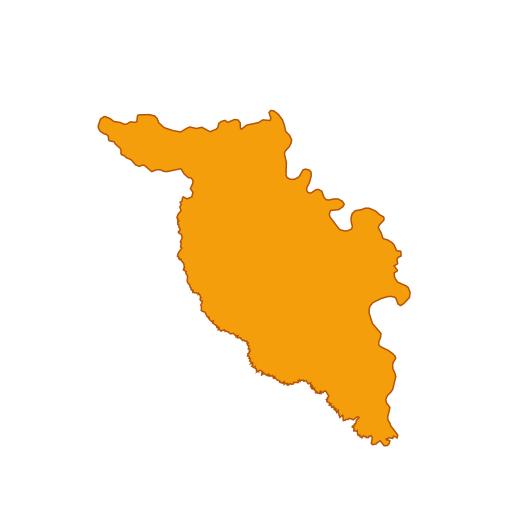 the district of La Victoria (Pacoa), Amazonas, Colombia, rotated 18°
{"feature_id": "7082276B65279517003270", "entity_name": "La Victoria (Pacoa)", "entity_type": "district", "adm_level": 2, "iso_a3": "COL", "parent_name": "Colombia", "parent_adm1": "Amazonas", "projection": "orthographic", "projection_center": [-71.093, -0.129], "detail": "fine", "context": "isolated", "style": "filled", "palette": "amber", "viewbox_px": 512, "rotation_deg": 18, "n_neighbors": 0, "source": "geoboundaries", "source_scale": "gbopen_adm2", "svg_char_len": 6145}
<svg xmlns="http://www.w3.org/2000/svg" viewBox="0 0 512 512"><g transform="rotate(18 256 256)"><path d="M446.3,385.5L446.2,382.5L436.4,375.7L435.5,374.1L432.1,371.1L431.0,368.3L430.2,358.8L425.4,355.2L423.7,352.2L424.1,348.1L426.6,343.1L427.2,340.2L426.2,327.5L424.5,324.8L421.1,321.0L419.6,317.5L419.3,315.1L420.5,310.3L419.2,308.2L415.1,306.2L410.7,304.9L402.2,303.7L400.2,302.5L399.3,299.7L399.6,294.8L398.8,291.1L387.6,284.2L381.4,275.6L380.2,272.2L379.8,268.8L381.5,264.3L387.9,258.0L393.8,253.9L397.0,252.7L400.6,252.3L402.1,252.9L405.9,257.8L408.8,258.5L411.0,255.9L414.8,248.1L413.7,242.8L410.4,238.9L407.9,238.0L398.9,237.1L396.1,235.1L393.9,232.6L392.6,229.2L394.8,227.0L394.9,225.8L390.4,222.8L393.1,219.6L391.0,215.4L391.6,213.4L394.0,211.2L392.5,207.2L391.5,206.7L389.1,207.4L387.8,207.2L383.9,202.8L381.4,201.3L376.1,200.0L372.1,200.2L370.9,199.6L367.7,195.1L363.5,191.3L363.8,188.1L366.5,182.4L366.0,180.2L365.0,179.3L361.2,178.7L356.0,176.3L348.9,175.6L345.2,176.7L342.1,179.2L336.3,182.3L334.4,186.0L334.6,190.3L336.1,194.3L338.5,198.1L338.6,200.7L335.3,203.7L332.7,204.8L328.1,205.0L326.5,204.5L314.4,196.1L313.1,194.2L312.6,191.9L313.0,189.6L320.4,186.3L323.5,182.1L323.9,179.5L321.2,177.2L316.3,176.4L312.1,177.8L308.2,180.2L305.2,180.8L302.6,179.2L298.5,174.0L294.6,173.4L292.6,174.4L288.7,179.3L285.9,179.5L283.9,177.9L283.2,175.3L284.1,169.9L283.8,163.0L282.4,159.1L280.0,157.8L276.3,158.0L274.2,159.4L272.4,167.5L269.0,171.1L264.9,172.5L261.2,171.7L259.4,169.6L256.1,157.9L251.3,149.7L251.5,146.9L253.9,141.6L254.5,137.4L253.9,134.4L250.5,130.8L245.8,128.4L242.4,122.6L238.9,118.2L233.4,114.3L228.1,112.5L225.1,113.0L224.0,115.5L227.6,120.4L227.4,122.8L220.5,124.4L217.2,128.3L206.8,134.3L202.9,139.9L201.7,139.4L199.8,134.2L197.0,132.2L193.6,132.7L187.9,137.5L186.7,137.5L185.0,136.5L183.8,137.1L181.4,138.8L179.7,141.1L179.9,145.8L179.0,147.7L173.9,152.0L164.8,150.3L159.8,153.2L153.3,153.7L150.7,155.9L146.1,161.3L138.0,162.4L128.8,162.3L122.3,159.3L119.6,155.9L116.3,154.1L110.8,154.5L101.1,157.9L100.1,158.8L100.1,160.1L101.2,165.1L99.7,166.2L95.0,167.3L91.9,170.8L90.0,171.4L85.3,171.0L79.3,172.0L74.8,170.4L69.6,170.0L68.5,170.3L65.8,173.7L65.7,181.1L66.5,182.9L68.8,185.2L72.7,186.6L77.0,186.8L78.8,188.2L79.7,190.7L80.8,191.8L85.6,191.2L87.7,193.0L93.4,195.5L95.0,197.1L95.8,200.1L96.8,201.2L99.9,201.3L102.4,202.6L107.4,203.0L113.2,206.5L117.4,206.8L119.9,204.7L121.7,204.2L130.8,208.0L134.5,204.9L138.4,203.5L142.1,204.0L145.2,203.3L157.6,196.2L162.4,200.2L167.4,202.4L170.0,201.8L172.8,203.6L173.4,206.4L172.8,212.3L176.3,214.8L176.7,219.6L172.7,223.0L168.7,222.2L168.1,222.8L168.6,226.9L167.2,228.3L169.0,230.5L168.4,232.9L170.7,236.0L169.0,240.3L168.9,244.0L170.2,244.7L170.1,245.7L170.8,245.8L171.0,246.9L171.8,246.8L171.1,248.0L171.9,250.2L173.2,250.6L173.8,252.5L175.7,253.9L175.5,256.0L174.7,256.5L175.1,257.9L178.4,258.6L180.2,261.6L179.7,266.1L180.9,266.7L181.5,270.8L182.9,271.3L181.2,277.0L181.3,280.5L183.5,281.3L183.2,282.1L184.4,283.0L185.8,282.2L186.1,283.3L189.5,285.4L191.7,289.3L191.0,290.0L191.6,290.8L191.3,291.7L194.4,292.4L194.5,294.1L197.0,296.0L198.4,301.3L200.3,303.4L201.6,303.6L203.1,306.1L204.2,306.5L204.4,307.8L205.6,308.4L206.4,307.9L207.1,310.1L207.8,309.6L208.7,310.0L212.2,309.4L212.8,310.4L213.2,309.4L214.9,310.6L215.8,312.2L216.7,312.4L216.0,314.1L217.1,315.6L218.4,315.2L219.1,316.6L218.7,319.8L219.9,321.2L220.7,324.6L222.1,325.2L224.8,325.1L228.2,328.7L230.3,328.8L230.6,329.2L230.0,329.8L232.6,331.4L234.4,332.0L235.4,331.1L235.4,333.1L240.0,334.5L240.7,335.7L241.2,334.9L242.3,336.5L242.9,335.7L243.5,336.9L243.2,337.7L244.4,337.2L245.8,338.3L248.6,336.0L250.0,337.3L250.6,336.7L252.7,336.8L255.7,337.9L258.4,336.6L261.1,338.0L262.1,337.6L262.1,338.9L263.6,337.6L263.7,339.5L266.6,338.5L267.2,339.4L269.8,340.6L270.7,339.8L272.0,340.3L273.8,339.9L274.3,341.5L275.4,341.1L275.1,342.8L276.0,343.6L276.9,343.5L277.5,346.9L278.9,346.5L279.0,348.0L279.7,348.3L279.0,349.5L279.5,350.8L278.5,351.3L278.9,353.8L280.3,353.6L281.3,354.5L281.0,355.6L282.5,355.5L282.4,357.8L283.7,357.9L284.3,359.1L285.1,358.8L284.5,360.0L285.9,359.2L286.6,360.6L286.0,362.1L288.6,362.8L289.3,361.7L289.3,362.8L291.3,363.3L291.7,364.8L292.6,365.1L292.5,366.0L293.4,365.1L294.4,365.3L294.1,364.3L295.2,363.3L297.6,364.0L298.1,367.3L299.1,366.4L298.3,365.2L298.7,364.5L302.2,366.0L303.3,365.4L303.6,366.1L304.6,366.3L305.2,366.0L304.9,364.8L306.4,365.9L306.6,365.2L307.8,365.4L308.8,364.5L309.8,366.1L311.0,365.1L310.8,366.8L312.5,366.3L314.3,367.4L317.4,367.6L317.6,368.8L320.8,368.7L320.7,367.8L321.8,366.8L322.5,369.0L322.9,367.9L324.1,368.3L324.8,367.5L326.0,367.9L325.4,368.7L326.1,369.1L327.1,368.3L327.7,366.7L329.6,367.1L331.1,366.0L330.8,364.7L335.5,363.2L334.7,361.5L336.6,361.5L335.9,360.3L336.9,360.5L339.0,359.5L340.3,360.4L342.0,359.0L345.1,361.4L347.1,359.9L347.0,360.9L348.2,361.3L348.1,362.4L349.1,361.7L350.1,362.7L348.7,363.5L349.9,364.9L350.6,364.7L350.3,363.5L351.6,363.8L351.7,364.8L352.6,364.1L352.6,365.1L354.6,365.9L354.5,366.9L355.4,366.8L355.5,367.5L356.3,366.6L356.7,367.3L359.0,367.1L359.0,365.6L360.3,366.7L360.5,365.8L359.8,364.8L361.9,365.3L362.3,363.9L364.0,362.8L368.4,366.7L368.6,367.7L367.7,368.5L368.1,369.7L367.4,370.6L368.5,370.9L368.0,371.9L368.9,372.9L370.9,372.8L371.5,373.8L372.9,373.4L371.8,375.1L373.4,374.9L374.8,376.6L376.3,375.1L376.5,376.4L378.0,376.7L378.9,376.2L379.4,376.8L378.1,377.9L379.9,378.3L381.0,379.8L381.9,377.6L382.3,379.1L385.6,383.6L387.1,381.0L387.8,380.7L389.9,385.6L391.7,384.6L392.4,383.4L394.2,382.9L394.9,381.5L399.2,381.7L402.1,377.5L403.9,377.7L402.3,381.3L402.6,384.6L401.4,385.7L402.1,386.7L400.2,388.1L400.4,389.0L402.2,388.9L403.0,392.1L405.2,391.6L406.2,390.7L408.1,394.8L409.2,395.0L410.0,394.2L411.0,395.9L412.3,395.4L413.0,396.1L413.7,393.8L415.1,394.2L416.3,393.6L416.9,394.7L419.1,393.9L419.1,392.6L420.0,392.5L420.4,391.5L421.1,391.3L422.8,393.0L423.5,398.5L425.0,399.5L428.5,397.5L428.9,396.0L431.4,393.4L436.6,396.9L439.5,395.6L440.6,393.5L440.5,390.5L438.9,390.0L437.1,390.7L436.3,390.0L438.8,387.7L442.3,387.3L442.4,385.0L445.1,384.9L446.3,385.5Z" fill="#f59e0b" stroke="#b45309" stroke-width="1.5"/></g></svg>